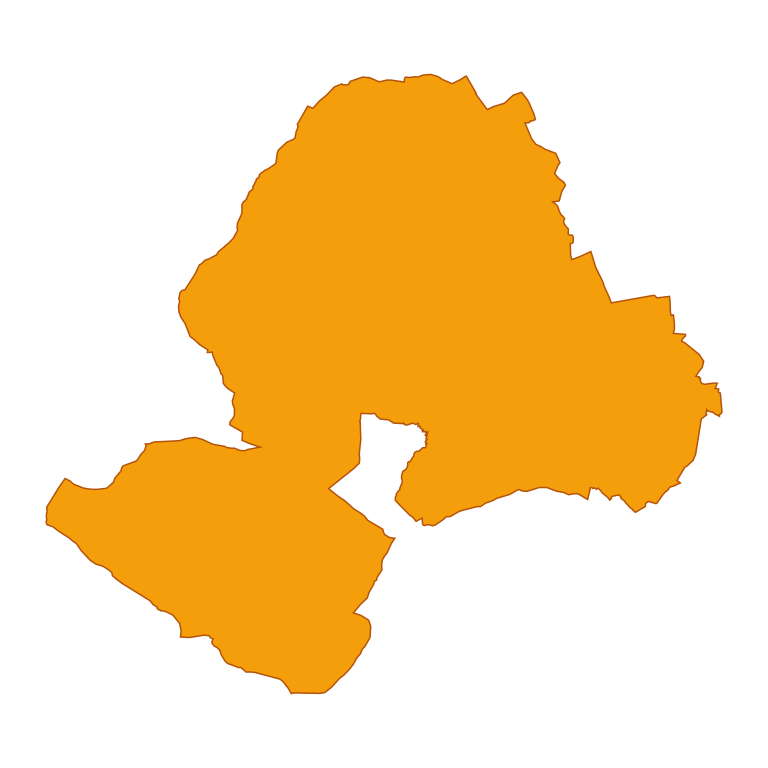 outline of Ulies, Harghita, Romania
{"feature_id": "2599482B10637984769645", "entity_name": "Ulies", "entity_type": "district", "adm_level": 2, "iso_a3": "ROU", "parent_name": "Romania", "parent_adm1": "Harghita", "projection": "natural_earth1", "projection_center": [25.262, 46.196], "detail": "fine", "context": "isolated", "style": "filled", "palette": "amber", "viewbox_px": 768, "rotation_deg": 0, "n_neighbors": 0, "source": "geoboundaries", "source_scale": "gbopen_adm2", "svg_char_len": 6079}
<svg xmlns="http://www.w3.org/2000/svg" viewBox="0 0 768 768"><path d="M680.4,482.9L676.9,480.5L685.0,466.9L686.6,466.4L693.0,460.4L695.6,454.4L701.3,418.9L706.7,414.9L706.0,414.4L706.7,409.6L707.9,411.1L713.1,412.3L714.6,413.8L719.5,416.3L719.5,414.7L721.7,413.0L721.9,411.2L720.3,393.0L718.7,392.5L718.4,392.0L718.7,388.9L715.1,388.4L717.3,383.2L713.6,383.1L704.6,384.3L701.6,383.4L700.3,380.7L700.6,378.3L698.8,377.7L699.1,376.9L695.9,376.3L698.8,371.7L702.2,367.6L703.7,361.3L699.3,354.6L685.1,343.0L681.5,341.1L682.6,338.7L685.5,335.9L685.5,334.4L673.3,333.4L674.4,329.4L674.4,323.6L673.4,314.9L671.1,315.5L670.4,312.0L670.1,302.0L669.5,296.4L657.0,297.9L654.5,295.4L652.7,295.5L611.2,302.9L609.4,297.7L604.1,286.0L602.7,281.5L595.8,267.5L590.9,251.5L580.6,256.3L571.9,259.6L570.6,255.4L570.3,243.8L572.6,243.0L573.2,241.9L573.3,237.5L572.6,235.3L569.5,235.1L568.2,233.8L568.4,229.1L565.6,226.0L563.8,223.0L563.7,220.4L564.7,218.7L562.9,216.3L561.2,214.9L559.4,211.4L557.4,205.7L552.8,201.8L559.2,201.0L561.7,191.6L565.4,185.2L564.0,182.4L558.5,178.3L554.6,173.5L558.2,165.1L560.0,162.8L555.8,153.4L545.0,149.2L541.1,146.7L535.9,144.4L531.6,138.7L525.0,123.0L528.4,122.8L530.2,121.8L530.5,120.8L533.0,120.8L533.8,120.0L535.4,119.6L534.1,114.5L529.1,102.9L527.4,99.8L521.6,92.3L513.2,95.2L504.5,103.2L493.5,106.6L487.3,109.6L475.6,93.8L476.2,93.3L466.4,76.2L465.1,76.5L460.6,79.5L452.1,83.7L441.3,79.0L440.5,78.0L437.1,76.3L430.5,74.4L423.0,75.1L417.7,77.1L414.3,76.8L409.4,77.5L405.4,77.2L404.5,78.6L404.3,82.0L391.1,80.1L386.6,80.1L379.4,81.9L369.5,77.6L362.5,77.1L350.4,81.3L347.9,84.9L343.1,84.8L341.9,83.9L334.4,86.9L326.7,95.0L319.5,100.9L312.9,108.3L307.7,106.2L297.3,124.4L297.9,125.5L297.8,127.6L296.1,132.0L295.1,137.6L293.4,139.4L287.1,142.0L278.3,150.1L277.3,152.9L276.0,162.8L275.1,164.1L268.1,168.8L265.0,170.2L260.7,173.4L259.4,175.0L258.9,177.2L256.5,179.0L255.8,181.4L254.7,182.8L254.5,184.2L252.8,186.7L252.8,189.1L249.3,191.9L246.4,199.3L243.1,202.2L241.9,204.9L242.0,210.6L241.4,214.6L237.5,223.2L237.1,227.4L237.6,230.4L233.3,238.2L229.3,242.5L218.5,251.7L216.4,254.9L209.3,258.7L205.0,260.2L201.3,263.9L199.4,264.8L195.1,274.0L184.8,290.0L182.1,290.3L180.0,292.8L178.8,299.0L179.7,301.7L178.5,306.0L179.0,311.9L180.9,317.2L185.3,324.0L190.1,336.5L194.1,339.5L199.8,344.8L207.8,349.8L207.3,352.5L212.3,352.2L212.8,355.2L216.9,365.3L218.8,367.2L220.9,373.5L222.6,375.6L223.3,380.7L223.1,382.8L224.3,384.8L227.6,388.3L234.7,393.1L232.3,401.2L232.8,404.3L234.5,408.7L234.4,414.6L234.0,416.5L230.0,422.2L229.8,424.8L242.5,432.1L242.0,440.3L249.4,443.5L260.0,447.1L247.7,449.5L244.6,450.8L239.8,450.4L234.2,448.1L232.2,448.3L226.2,447.5L225.3,446.5L212.7,444.2L202.6,439.5L195.1,437.4L185.7,438.7L179.4,440.7L153.9,442.0L149.0,443.9L145.4,443.9L146.0,445.7L144.8,450.1L140.5,454.9L137.4,459.9L135.6,461.3L123.2,465.8L121.7,467.8L121.0,470.9L114.7,478.4L113.5,482.2L106.8,488.2L97.0,489.4L90.5,489.2L83.5,488.1L74.4,484.5L72.4,483.3L70.3,481.1L65.1,478.5L58.8,487.5L46.7,507.2L47.1,511.4L46.3,515.2L46.7,520.1L46.1,521.9L47.0,524.7L52.8,526.7L59.0,531.4L69.2,538.0L72.6,541.0L76.4,543.5L81.1,550.5L90.3,560.4L96.1,564.2L102.8,566.2L109.2,570.2L112.2,573.2L112.1,574.7L112.8,576.2L114.3,577.0L115.0,578.1L121.9,583.3L150.3,600.9L152.9,604.4L156.9,607.0L157.3,608.5L158.3,609.7L159.8,609.6L160.5,610.8L164.5,611.1L171.8,614.5L173.8,616.2L179.7,623.6L181.2,631.3L180.4,637.0L189.6,637.5L203.7,635.2L209.2,635.7L210.2,637.6L213.0,638.8L211.9,642.0L212.3,643.8L213.3,644.6L214.1,646.1L216.7,647.3L219.8,650.2L221.1,654.6L224.8,660.7L227.5,663.4L238.5,667.5L240.8,667.5L246.2,672.1L249.4,671.9L254.9,672.4L280.1,679.2L282.9,681.5L288.1,688.1L291.3,693.6L294.2,692.9L320.1,693.4L324.8,692.5L331.8,687.0L339.1,678.8L343.8,675.1L349.2,669.6L353.6,663.9L356.5,658.4L360.6,653.5L362.5,648.7L364.5,647.1L369.5,638.5L370.1,636.7L370.7,626.9L370.4,625.0L368.6,620.2L361.0,615.4L353.4,612.9L360.5,604.4L367.3,597.9L369.1,592.3L373.5,584.7L374.3,581.6L376.8,579.9L376.6,578.2L381.9,569.9L381.6,564.6L382.5,559.6L385.1,555.2L387.0,553.1L391.3,543.6L394.8,538.2L392.5,538.1L388.9,537.2L385.0,534.9L383.7,532.8L382.8,529.2L367.8,520.4L364.6,516.2L360.6,513.1L354.3,509.3L345.1,501.0L336.7,495.2L328.6,488.6L353.8,468.5L359.3,463.2L359.7,458.3L359.2,454.5L360.8,439.4L360.2,422.4L359.6,421.8L360.2,420.7L361.0,413.4L371.0,413.8L374.4,413.4L375.6,414.2L376.6,416.0L380.2,419.0L388.7,419.9L393.6,423.1L402.7,423.6L403.7,423.1L404.2,423.6L404.3,424.4L405.5,425.0L407.4,424.9L412.7,423.1L415.8,424.5L417.9,423.3L418.5,423.7L418.1,424.2L418.1,426.7L420.2,426.2L420.2,428.1L422.9,429.6L422.2,430.5L423.6,430.6L422.7,431.0L422.8,431.8L424.0,431.2L424.7,431.9L427.6,431.9L427.6,432.6L426.0,432.5L426.2,433.3L427.2,434.0L427.0,435.4L426.6,435.3L426.0,434.1L425.2,435.0L426.7,436.9L425.9,438.8L427.1,439.6L425.3,441.6L425.8,443.8L426.7,443.1L427.0,443.4L426.3,444.3L425.8,447.6L422.3,447.9L419.3,451.0L416.6,451.4L415.1,452.2L414.2,453.4L413.6,456.3L411.7,458.6L410.1,461.8L408.9,461.6L407.7,462.6L407.7,465.6L406.7,468.2L405.0,470.1L402.9,471.2L401.7,475.3L401.5,478.5L402.3,479.9L401.9,483.8L401.3,484.4L399.8,488.4L399.7,490.0L398.1,491.2L396.3,494.2L396.3,495.7L395.6,496.4L395.3,498.7L395.3,500.2L396.1,501.3L409.4,514.8L413.1,517.5L416.1,521.4L422.1,518.1L422.5,523.6L423.0,524.9L424.2,525.6L426.9,524.8L430.1,524.9L432.5,525.8L435.3,525.0L442.9,519.8L446.4,516.7L450.4,516.5L458.1,512.0L462.1,510.4L476.9,506.7L480.4,506.6L485.8,503.0L492.3,500.8L497.2,498.2L509.5,494.5L518.1,489.7L519.1,489.6L521.9,490.9L527.3,491.3L539.2,487.5L546.7,487.5L556.6,491.2L563.8,492.5L568.8,494.7L573.7,493.8L578.1,493.8L587.6,499.5L590.5,487.6L592.1,487.7L592.9,488.5L594.4,487.9L596.5,489.3L598.0,488.1L600.8,490.8L602.3,493.0L607.3,497.0L609.8,500.1L611.5,498.3L611.3,497.3L612.1,496.4L618.3,495.0L620.8,496.4L620.9,498.3L624.7,501.2L625.6,502.7L630.5,508.1L632.1,508.9L632.7,510.0L635.4,512.3L645.3,506.5L645.4,504.7L646.2,502.9L648.5,501.4L655.7,503.6L656.7,503.4L663.1,494.4L665.8,491.5L667.1,490.8L670.0,487.1L674.8,485.6L680.4,482.9Z" fill="#f59e0b" stroke="#b45309" stroke-width="1.5"/></svg>